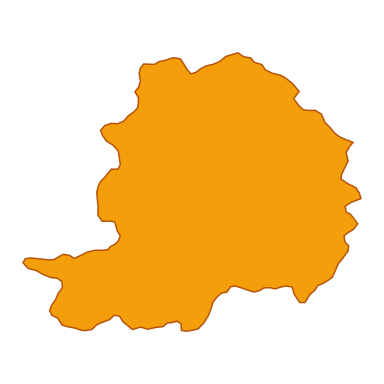 outline of Carmésia, Minas Gerais, Brazil
{"feature_id": "56859067B47042925526830", "entity_name": "Carmésia", "entity_type": "district", "adm_level": 2, "iso_a3": "BRA", "parent_name": "Brazil", "parent_adm1": "Minas Gerais", "projection": "orthographic", "projection_center": [-43.185, -19.056], "detail": "fine", "context": "isolated", "style": "filled", "palette": "amber", "viewbox_px": 384, "rotation_deg": 0, "n_neighbors": 0, "source": "geoboundaries", "source_scale": "gbopen_adm2", "svg_char_len": 2361}
<svg xmlns="http://www.w3.org/2000/svg" viewBox="0 0 384 384"><path d="M353.1,142.4L345.6,139.5L339.8,137.0L334.6,133.1L330.2,127.7L325.2,122.7L321.3,114.0L315.2,110.3L308.6,110.4L303.2,109.8L298.6,105.4L293.7,98.6L299.1,91.5L292.5,83.5L285.8,78.2L280.7,75.3L272.3,73.2L265.4,69.9L262.0,64.7L254.2,62.2L250.8,58.0L243.6,56.7L238.0,52.8L232.9,54.3L225.9,56.4L219.0,61.9L212.7,64.4L206.6,65.8L201.2,68.3L195.9,72.4L191.0,73.9L187.1,69.6L184.1,64.5L180.4,58.8L173.2,57.7L165.9,60.1L159.2,61.6L154.4,64.4L148.3,64.2L143.6,64.0L140.5,68.1L139.1,73.5L140.5,80.5L138.8,86.9L134.9,91.8L138.5,97.8L138.3,103.7L137.4,108.3L133.5,112.1L128.3,115.9L123.6,121.2L117.6,123.8L111.0,123.3L104.7,125.6L100.5,130.5L102.9,136.0L106.4,141.1L113.0,145.2L118.3,151.1L119.5,158.9L120.3,164.6L118.0,169.2L111.4,169.1L108.0,173.3L104.4,177.7L100.7,181.3L98.3,185.9L96.8,192.2L97.3,199.2L98.1,206.8L97.9,215.1L102.2,221.3L108.6,221.1L114.7,221.8L117.2,230.7L120.3,236.0L118.3,240.9L114.9,244.3L110.8,246.3L107.6,249.7L101.8,250.3L94.8,250.3L87.3,252.1L80.3,255.6L74.2,258.4L69.6,255.4L63.5,254.3L58.4,256.9L54.2,259.5L48.9,260.0L43.3,259.2L37.1,258.7L30.5,257.9L25.4,258.7L23.0,262.7L27.9,268.3L36.2,270.6L42.0,273.9L46.4,275.8L50.9,277.5L57.3,278.3L62.0,281.6L62.3,287.9L58.4,293.0L55.7,299.4L51.8,305.0L49.6,310.4L51.8,315.2L57.9,318.3L62.1,325.1L68.1,326.8L75.0,328.1L79.4,329.7L84.7,330.7L91.8,329.5L97.0,324.6L103.0,322.1L109.6,319.6L114.2,315.2L119.6,316.2L123.3,322.2L127.8,325.6L132.3,329.5L140.6,327.1L147.6,329.2L156.1,327.4L163.2,326.6L167.5,322.9L172.7,322.4L177.1,321.1L181.0,323.9L181.5,330.5L186.6,331.2L191.7,330.4L198.1,328.9L203.9,322.9L208.3,315.7L210.9,309.1L213.2,301.8L217.6,296.4L221.5,293.1L227.1,292.0L230.5,286.8L235.1,286.0L241.4,287.9L248.0,290.2L254.1,292.0L259.2,290.8L264.1,287.9L270.4,287.7L275.1,288.9L280.2,287.2L285.8,286.1L292.1,286.9L294.0,293.8L297.0,298.5L299.7,302.5L304.8,302.6L307.5,298.4L310.0,294.3L314.6,290.5L317.7,285.6L323.3,283.3L327.8,280.6L332.3,277.3L335.1,271.1L338.0,264.2L343.5,257.2L348.0,251.0L348.7,245.9L344.9,241.9L344.1,235.8L348.0,232.7L353.6,229.3L357.7,223.9L353.6,218.2L350.4,214.1L346.3,212.0L345.1,206.4L350.5,202.7L355.5,200.7L361.0,198.6L359.4,193.2L355.8,187.6L348.2,183.9L340.9,179.0L341.7,174.2L344.8,167.7L348.1,161.0L346.1,152.7L349.3,146.9L353.1,142.4Z" fill="#f59e0b" stroke="#b45309" stroke-width="1.5"/></svg>